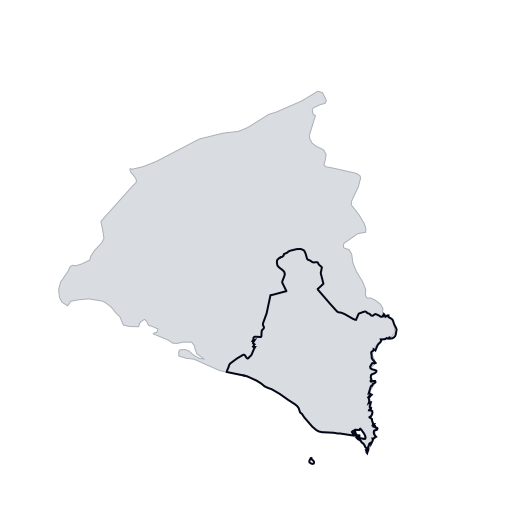 Atlántico Norte highlighted on a map of Nicaragua, rotated 110°
{"feature_id": "NIC-657", "entity_name": "Atlántico Norte", "entity_type": "Autonomous Region", "adm_level": 1, "iso_a3": "NIC", "parent_name": "Nicaragua", "parent_adm1": "", "projection": "robinson", "projection_center": [-84.139, 14.031], "detail": "fine", "context": "in_parent", "style": "outline", "palette": "ink", "viewbox_px": 512, "rotation_deg": 110, "n_neighbors": 0, "source": "natural_earth", "source_scale": "10m", "svg_char_len": 7764}
<svg xmlns="http://www.w3.org/2000/svg" viewBox="0 0 512 512"><g transform="rotate(110 256 256)"><path d="M401.4,84.4L399.4,87.4L397.2,89.3L392.7,99.1L391.1,99.9L390.8,92.7L388.1,91.8L384.9,94.4L383.2,98.0L385.9,102.9L388.4,102.9L391.3,104.2L399.3,137.5L397.6,143.4L392.7,152.7L388.0,160.5L383.3,165.4L377.5,186.4L372.3,220.4L376.1,251.1L374.2,279.3L375.9,286.0L376.4,294.3L372.5,295.8L370.3,295.6L368.1,290.5L368.3,286.0L370.6,280.7L371.6,273.6L370.5,269.8L368.2,278.0L364.2,281.6L361.6,282.9L359.0,287.0L361.7,294.7L365.2,300.4L366.4,304.5L365.1,309.3L364.3,325.9L363.1,325.4L361.8,323.2L358.1,323.0L357.7,329.7L357.9,333.4L354.8,336.3L353.7,339.1L356.3,341.2L359.1,342.4L362.6,342.1L365.4,350.3L366.3,356.9L359.7,363.1L357.4,368.2L353.7,374.3L351.6,380.4L350.9,384.8L353.5,398.5L358.1,408.3L361.9,414.5L367.1,415.9L365.9,422.4L362.0,426.6L355.0,430.0L347.3,430.7L334.6,427.4L329.5,427.0L327.5,425.3L326.9,422.1L323.2,417.2L316.6,410.8L312.8,411.2L306.6,409.8L296.2,405.5L291.4,404.9L284.5,408.7L276.5,413.6L257.3,405.9L243.8,400.5L231.6,395.6L228.3,393.8L225.7,394.2L223.4,396.7L220.7,401.2L219.9,402.5L218.5,403.8L216.9,404.1L216.8,402.0L210.9,393.0L201.4,382.2L165.3,349.1L152.0,329.3L144.9,315.1L138.1,307.7L118.6,292.5L114.1,286.5L94.8,266.2L80.0,254.3L79.8,249.3L85.9,243.0L88.9,243.3L92.1,247.8L97.4,252.9L99.8,253.0L103.5,250.6L103.6,248.2L123.4,247.2L127.0,245.9L130.6,242.1L132.4,236.9L132.7,231.9L133.5,228.3L136.7,224.8L142.5,223.7L147.0,223.4L148.3,221.0L147.0,213.4L144.6,194.8L144.1,189.7L145.0,185.8L146.8,184.4L155.6,183.5L172.2,185.0L175.4,183.9L182.1,173.3L188.3,165.6L192.7,162.1L196.2,161.1L200.2,168.0L214.2,177.8L216.6,177.2L218.0,176.7L218.4,175.2L218.2,170.7L221.7,166.6L229.0,162.9L236.3,156.3L243.7,147.0L250.0,141.4L255.4,139.8L257.5,137.2L256.2,133.8L256.7,128.8L258.8,122.5L261.9,118.8L266.1,117.7L267.7,115.7L266.8,112.7L267.6,109.4L271.4,104.0L280.2,99.3L285.3,100.9L289.5,107.1L295.5,111.4L303.2,113.6L309.2,112.8L313.4,108.9L317.3,107.7L320.7,109.3L322.5,108.4L322.7,105.1L324.4,104.3L327.8,106.1L330.7,106.6L333.3,105.7L334.3,104.1L334.8,102.5L336.8,101.2L343.4,102.4L350.9,100.5L359.2,95.5L364.7,93.3L367.4,93.9L370.6,91.3L374.4,85.7L383.1,83.2L401.4,84.4Z" fill="#d9dde1" stroke="#a8b0b8" stroke-width="1"/><path d="M266.9,115.9L267.3,115.3L268.9,113.6L266.8,112.0L266.5,111.2L267.6,110.9L268.0,110.7L268.2,110.2L268.6,107.2L269.2,105.9L270.2,104.9L270.3,104.8L271.4,104.0L272.7,103.0L276.0,99.5L277.1,98.7L281.4,97.9L283.3,97.8L285.1,98.4L286.7,99.7L287.7,101.6L287.5,101.8L286.9,102.6L286.9,102.8L288.3,103.0L288.5,104.0L288.4,105.1L289.9,106.1L290.6,107.5L291.7,110.3L293.0,109.4L294.4,109.6L297.1,110.9L298.7,111.3L303.9,111.5L303.7,112.0L303.4,113.6L304.5,113.3L305.3,113.7L306.0,114.4L307.1,114.8L307.9,114.5L309.7,113.4L312.4,112.3L313.7,110.5L314.7,108.5L315.6,107.0L316.3,107.7L316.8,109.9L317.4,110.3L318.5,110.4L320.2,110.8L321.0,110.9L322.4,110.0L322.8,108.3L322.4,104.4L322.8,103.5L323.7,103.4L324.7,103.8L325.3,104.2L325.9,104.7L327.6,106.7L328.4,107.1L329.5,107.0L331.2,106.5L331.6,106.2L331.9,105.8L332.3,105.4L332.9,105.3L333.5,105.4L333.9,105.6L334.2,105.6L334.7,105.3L334.7,104.7L334.0,104.0L333.5,103.3L332.7,101.4L333.5,100.6L334.0,100.6L335.7,101.7L335.8,102.1L336.1,102.4L336.9,102.5L338.1,102.5L338.4,102.7L338.6,103.3L339.8,103.5L346.8,103.1L346.4,102.4L346.5,101.7L346.8,99.8L347.7,100.3L348.8,101.7L349.7,102.0L349.6,101.6L349.3,100.9L349.8,101.1L350.1,101.2L350.3,101.4L350.7,102.0L351.6,101.1L352.9,100.3L354.3,99.8L355.6,99.8L355.0,99.4L354.7,99.0L354.2,98.0L358.2,97.8L359.6,97.1L359.5,95.9L360.4,95.8L361.1,95.9L361.6,96.3L361.9,97.0L362.4,97.0L361.8,94.6L362.0,93.7L363.4,93.0L364.8,92.8L366.4,92.9L367.7,93.3L368.3,94.2L368.8,94.2L369.1,93.2L369.3,92.1L369.6,91.2L371.3,90.5L373.1,88.9L374.1,88.6L374.0,88.3L373.8,87.7L373.7,87.5L374.7,87.8L375.1,88.0L374.9,86.9L375.0,86.0L375.4,85.6L376.1,86.4L376.1,85.1L376.2,84.6L376.6,84.1L376.1,83.3L376.4,82.9L377.1,82.8L378.0,83.0L378.4,83.4L379.3,84.9L379.9,85.3L381.6,85.0L383.0,84.1L384.1,82.7L384.8,81.3L385.7,82.1L386.6,82.5L387.4,83.0L387.7,84.1L388.8,83.3L390.0,83.2L393.2,83.6L392.3,84.0L392.3,84.5L392.8,84.9L393.7,85.3L393.9,85.2L397.1,85.3L399.0,84.3L400.0,84.1L402.4,84.2L403.3,84.1L402.8,84.9L401.5,85.6L400.8,86.3L399.8,85.0L398.9,85.9L398.3,87.6L397.7,88.6L396.8,89.1L396.0,90.2L395.3,91.6L395.1,92.7L394.9,93.1L394.0,94.1L393.6,94.7L393.4,95.5L393.3,97.2L393.1,98.0L392.5,99.0L391.7,99.8L389.2,100.8L389.4,100.3L389.6,100.0L390.2,99.2L390.2,99.8L390.4,99.3L390.6,98.9L390.6,98.5L390.6,98.0L390.1,98.4L389.9,98.4L389.2,98.0L389.2,97.5L390.1,97.1L390.9,96.9L391.6,97.2L392.1,98.0L392.1,96.5L391.3,94.4L391.1,92.7L390.7,91.1L389.7,90.8L388.5,91.3L387.7,91.9L386.3,93.3L383.1,97.8L382.4,99.8L383.1,99.0L383.3,98.6L384.3,99.5L385.1,102.8L385.5,103.6L386.5,104.2L387.5,105.3L388.6,105.7L389.7,104.2L389.2,103.7L387.8,102.8L387.3,102.5L388.1,102.0L388.9,102.3L389.6,103.1L390.2,104.2L390.2,102.3L390.7,101.7L391.3,102.4L394.1,116.7L394.3,117.1L394.9,118.7L395.5,122.5L399.0,133.7L399.4,136.9L399.0,139.7L397.1,144.8L391.2,155.4L388.6,158.9L388.3,160.2L387.8,161.2L384.4,163.8L382.9,166.1L382.0,168.7L380.3,176.2L377.5,186.5L375.8,195.8L375.9,199.8L375.7,201.7L375.6,203.3L374.1,207.3L372.9,212.7L372.1,223.1L372.2,225.1L372.7,226.2L372.2,226.7L372.6,227.7L375.0,243.8L373.7,244.0L370.1,243.8L367.2,243.9L365.9,243.5L358.9,238.9L353.5,234.5L353.2,234.2L353.0,233.8L352.9,233.4L353.0,232.9L353.1,232.5L353.4,232.0L354.8,230.2L355.0,229.7L355.2,229.2L355.2,228.8L354.9,228.4L354.4,228.1L353.2,227.7L352.4,227.3L351.9,227.0L351.1,226.6L349.8,226.4L344.0,226.1L342.9,226.0L342.6,225.8L341.9,225.7L342.3,226.6L342.4,227.4L342.1,227.8L341.4,227.3L340.9,227.3L340.3,227.7L340.0,227.7L339.5,227.3L338.9,229.0L338.0,229.2L336.9,228.8L335.6,228.5L336.0,228.9L336.4,229.8L336.6,230.1L335.5,229.9L333.7,230.4L333.1,230.1L332.7,230.0L332.3,229.5L332.0,228.9L330.6,224.1L330.4,223.7L329.8,223.5L328.9,223.7L324.6,225.0L323.9,225.0L323.1,224.8L322.6,224.4L322.1,224.2L321.7,224.1L321.2,224.0L320.7,224.0L320.2,224.2L319.5,224.8L318.6,225.8L317.7,226.2L316.3,226.4L306.3,226.4L287.9,229.0L286.6,226.8L279.5,216.7L279.1,215.9L278.8,215.6L278.5,215.5L272.1,222.2L271.4,222.5L270.3,222.6L265.6,222.5L263.2,222.7L261.4,223.9L260.5,225.4L259.9,226.9L259.1,229.7L258.2,231.7L257.6,232.5L256.9,233.1L254.8,234.2L253.0,234.7L252.2,234.6L250.0,233.5L249.5,232.7L248.7,232.6L248.4,231.7L248.1,231.3L247.0,230.7L246.5,230.3L246.2,230.2L245.6,230.3L245.2,230.4L244.9,230.4L244.7,230.4L244.4,230.2L242.4,228.0L242.0,227.7L241.6,227.5L240.7,227.1L239.2,225.5L235.6,220.1L234.1,216.4L234.2,213.5L234.6,212.4L236.8,210.2L240.7,207.4L241.4,206.7L241.7,206.1L241.8,205.3L241.7,204.9L241.8,203.4L242.5,200.9L242.4,200.1L242.1,199.0L241.6,198.1L241.0,196.8L241.0,196.0L241.1,195.5L241.8,195.0L242.3,194.3L242.9,193.4L243.5,191.4L243.9,190.7L244.2,190.2L250.0,189.3L258.8,183.3L259.1,183.2L265.9,186.7L266.2,186.5L266.6,186.1L275.6,170.0L279.9,161.9L280.6,160.3L280.7,159.4L280.1,156.4L280.3,152.6L281.9,143.3L282.0,141.3L281.8,140.2L275.4,139.8L274.9,139.6L274.6,139.3L273.6,138.0L272.4,136.7L271.0,134.8L270.8,134.2L270.8,133.7L270.9,133.1L271.5,132.0L271.6,131.6L271.5,129.8L271.6,129.3L272.4,127.8L272.5,127.0L272.4,126.4L272.2,125.9L271.8,125.5L270.8,124.9L269.8,124.1L269.7,123.9L269.7,123.6L269.7,122.9L269.7,122.2L269.7,121.7L269.9,120.8L269.9,120.5L269.9,120.0L270.0,119.5L270.4,118.3L270.3,117.8L270.2,117.3L270.1,117.0L269.9,116.7L269.7,116.5L269.5,116.3L269.0,116.2L268.6,116.2L268.7,115.9L266.9,115.9ZM429.2,131.5L430.3,130.8L431.3,130.8L431.9,131.5L432.2,132.8L431.7,135.1L430.4,135.8L426.6,135.4L426.3,135.4L426.6,135.4L426.8,135.3L426.8,135.1L426.8,134.8L428.0,134.1L428.4,133.2L428.7,132.2L429.2,131.5Z" fill="none" stroke="#020617" stroke-width="2"/></g></svg>